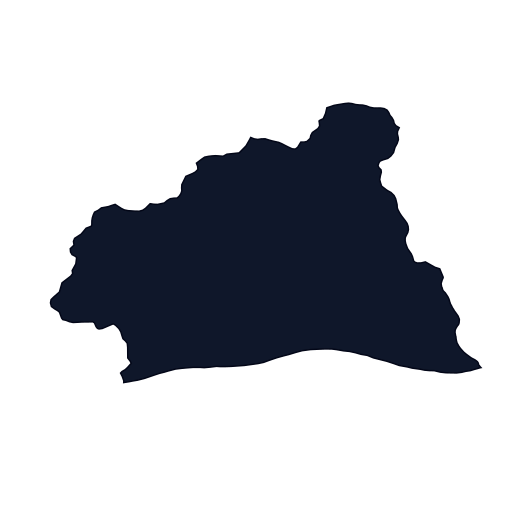 the district of Khop, Xaignabouri, Laos, rotated 83°
{"feature_id": "54806243B3164582254678", "entity_name": "Khop", "entity_type": "district", "adm_level": 2, "iso_a3": "LAO", "parent_name": "Laos", "parent_adm1": "Xaignabouri", "projection": "equal_earth", "projection_center": [100.561, 19.666], "detail": "fine", "context": "isolated", "style": "filled", "palette": "ink", "viewbox_px": 512, "rotation_deg": 83, "n_neighbors": 0, "source": "geoboundaries", "source_scale": "gbopen_adm2", "svg_char_len": 4275}
<svg xmlns="http://www.w3.org/2000/svg" viewBox="0 0 512 512"><g transform="rotate(83 256 256)"><path d="M365.5,402.7L365.4,400.7L365.3,397.5L365.0,393.6L364.8,388.7L363.9,381.7L362.7,375.9L361.7,371.2L360.7,366.1L360.1,361.2L359.4,357.1L358.4,349.7L358.4,343.6L358.6,337.8L358.9,331.7L359.8,324.7L360.5,321.0L360.7,314.9L360.7,308.6L361.4,305.0L362.0,300.0L362.5,294.3L362.8,288.8L363.2,280.9L363.1,273.5L363.0,267.1L362.5,261.4L361.0,255.0L361.0,254.7L360.9,254.5L359.5,247.8L358.4,240.5L357.8,235.6L356.5,228.2L355.6,221.8L355.5,213.2L356.1,205.1L356.7,198.0L357.6,191.8L358.7,187.5L360.8,180.6L362.1,174.8L364.1,169.1L366.4,163.7L368.2,157.6L371.4,151.9L373.8,145.7L376.4,139.0L379.4,132.6L382.1,127.2L384.5,119.4L386.3,114.7L388.4,106.8L389.8,102.7L390.9,97.6L391.5,93.1L393.7,87.3L395.0,81.8L395.9,75.5L396.5,71.1L396.5,66.1L396.0,61.8L395.9,57.2L395.1,52.8L394.7,49.9L394.3,47.6L394.2,46.3L393.1,47.1L392.0,47.7L391.0,48.4L389.7,48.4L388.7,48.7L387.7,49.3L387.0,50.0L385.7,51.4L384.0,53.9L383.5,54.6L382.9,55.3L381.2,57.1L379.3,59.1L376.9,61.4L375.5,62.4L372.6,64.4L370.2,65.7L366.7,67.1L364.2,67.4L362.0,67.5L360.6,67.4L359.6,67.6L357.8,67.7L356.1,67.8L353.7,67.3L351.9,66.2L349.9,64.6L349.3,63.9L348.7,63.4L348.0,62.9L346.8,62.5L345.3,62.2L344.0,61.9L343.0,62.0L342.0,62.3L340.3,62.7L338.8,63.5L336.2,64.9L334.5,65.9L333.1,66.4L331.4,67.3L329.0,68.1L327.4,68.8L325.8,69.1L324.6,69.4L323.3,69.5L322.7,69.7L322.0,69.8L319.9,70.5L319.7,70.6L318.9,71.0L315.7,72.6L314.7,73.4L313.4,74.4L312.0,74.9L310.3,75.1L309.2,75.5L307.1,75.6L305.8,75.6L304.2,74.9L302.2,74.0L300.8,73.1L299.8,72.8L291.1,75.2L289.0,79.8L282.5,88.6L283.0,93.1L282.6,96.8L281.4,99.2L280.2,100.1L275.6,100.8L272.7,101.7L267.2,104.6L264.9,105.2L261.9,105.9L259.0,106.1L256.1,105.7L254.7,104.9L251.2,102.5L248.4,101.5L245.0,101.4L242.0,102.1L239.1,103.6L234.2,106.5L231.0,108.1L227.0,109.6L225.3,109.9L222.0,109.7L216.2,110.4L212.8,111.6L209.4,114.3L207.1,117.5L205.4,119.4L205.2,119.5L202.0,122.8L198.5,123.5L195.3,123.9L191.6,122.8L188.1,121.4L185.7,121.4L183.2,123.3L181.1,123.9L178.2,122.5L176.9,121.2L176.1,118.4L175.2,113.3L173.2,110.0L170.1,106.9L165.1,104.8L161.5,102.2L157.9,100.5L155.6,100.4L152.0,100.8L149.5,100.3L146.1,98.2L143.7,101.3L141.2,102.7L138.2,103.0L135.3,104.2L132.7,105.9L129.9,106.7L127.2,108.1L125.3,110.8L124.3,114.3L123.9,117.9L123.4,121.3L122.2,125.0L120.5,128.1L119.2,131.7L118.6,135.3L117.8,138.7L116.4,142.2L115.6,145.5L115.5,149.3L115.8,156.5L116.0,160.2L116.8,163.9L117.5,167.6L123.0,169.6L127.9,172.5L129.1,176.1L129.7,177.0L131.6,176.9L134.7,177.0L137.1,179.0L140.3,185.0L143.0,186.9L145.9,187.9L147.8,190.5L148.5,191.4L148.8,194.3L148.4,197.6L153.2,201.4L154.6,203.8L154.5,204.9L154.0,207.1L151.7,210.8L149.7,213.8L147.7,216.7L146.0,219.6L144.8,223.0L143.6,226.3L142.1,229.8L140.8,232.6L140.4,236.5L140.5,240.1L139.5,243.6L137.7,246.8L140.2,248.5L145.4,252.4L147.2,254.6L147.3,254.7L147.4,254.9L149.8,257.9L151.6,260.2L151.5,267.1L151.4,272.5L153.0,276.5L152.2,280.3L151.5,284.1L151.3,287.8L151.3,291.1L151.6,294.9L153.2,298.0L156.6,303.8L159.8,303.0L163.0,303.1L165.2,305.9L166.4,308.9L168.4,315.9L176.1,320.9L179.3,321.5L182.4,321.7L185.0,323.0L187.2,324.9L188.9,327.2L188.6,330.4L188.7,334.2L190.2,337.5L192.2,340.5L192.8,347.4L192.2,351.1L191.2,354.7L195.2,359.8L196.8,362.9L197.3,366.4L196.8,370.3L196.1,373.9L195.4,377.5L194.2,381.1L192.4,383.8L190.0,386.7L187.6,389.5L188.2,392.9L189.0,396.5L189.2,399.9L189.4,403.6L191.4,407.0L192.8,410.9L195.4,412.5L198.2,413.8L201.0,414.6L204.0,415.0L205.2,415.2L205.3,415.3L206.4,415.9L207.7,421.2L213.0,426.9L216.4,433.9L219.2,435.4L223.0,435.3L226.1,439.5L229.4,439.6L232.2,438.4L234.2,435.5L235.6,434.2L241.9,435.8L248.0,440.2L251.1,440.1L253.4,442.3L257.7,449.6L259.0,451.8L267.8,455.5L272.0,461.7L274.3,464.7L277.5,465.7L281.2,465.2L284.0,462.2L286.0,459.6L287.8,457.9L293.9,456.5L295.6,455.5L296.7,452.4L298.5,449.1L299.7,445.6L300.3,436.5L301.3,427.4L301.3,426.2L302.6,424.5L306.7,423.3L308.5,422.2L309.3,420.7L309.2,417.4L305.9,406.0L307.6,403.8L311.3,400.9L314.8,399.4L318.9,398.7L321.9,398.1L324.3,396.0L326.9,394.4L331.1,394.5L341.6,395.7L345.0,393.7L347.3,392.9L351.0,397.1L352.9,399.7L354.3,403.0L355.7,404.7L359.3,403.4L363.8,402.4L365.5,402.7Z" fill="#0f172a" stroke="#020617" stroke-width="1.5"/></g></svg>